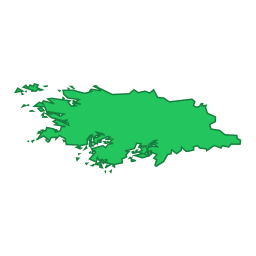 Conamara North Lea-4, Galway, Ireland (Natural Earth projection)
{"feature_id": "5873133B12097804140145", "entity_name": "Conamara North Lea-4", "entity_type": "district", "adm_level": 2, "iso_a3": "IRL", "parent_name": "Ireland", "parent_adm1": "Galway", "projection": "natural_earth1", "projection_center": [-9.915, 53.454], "detail": "fine", "context": "isolated", "style": "filled", "palette": "green", "viewbox_px": 256, "rotation_deg": 0, "n_neighbors": 0, "source": "geoboundaries", "source_scale": "gbopen_adm2", "svg_char_len": 5804}
<svg xmlns="http://www.w3.org/2000/svg" viewBox="0 0 256 256"><path d="M215.3,121.6L215.5,117.0L207.3,113.2L205.4,107.1L206.2,105.3L202.1,105.9L202.7,103.6L201.3,103.6L199.4,106.6L196.2,107.3L193.4,105.6L194.8,101.6L191.9,99.2L169.3,101.9L163.6,98.0L157.5,97.4L153.6,89.8L149.8,93.0L145.1,91.2L138.2,92.7L134.0,89.7L129.3,93.8L112.3,94.5L96.1,86.7L94.7,86.8L100.6,89.6L100.4,90.6L91.1,89.3L90.0,90.7L92.5,91.2L84.6,93.4L72.6,90.2L63.1,90.3L63.7,94.2L67.7,97.9L79.2,99.6L72.2,103.4L76.0,102.5L80.8,104.3L75.7,103.3L73.6,104.9L75.5,105.7L71.6,106.3L68.1,102.4L70.0,100.8L51.3,98.3L47.8,99.0L54.2,103.8L43.5,100.8L42.4,102.5L43.4,104.1L39.3,102.3L34.3,106.2L44.7,106.7L46.6,111.4L64.0,114.2L60.4,116.2L51.0,112.1L46.3,112.0L52.5,114.1L46.0,113.6L51.8,117.8L62.8,120.7L67.8,119.9L63.4,121.8L68.1,122.8L68.8,125.2L56.4,119.5L53.2,121.5L57.1,123.4L54.9,124.7L65.6,126.5L61.4,126.9L60.3,130.6L58.0,131.7L56.3,129.7L55.1,129.7L57.0,131.5L55.6,132.2L53.7,128.9L46.7,127.5L45.8,130.7L43.2,130.8L37.7,138.9L43.6,136.0L49.6,140.7L51.1,137.5L56.0,137.3L56.0,139.0L59.3,135.5L65.3,138.7L66.3,144.5L78.1,145.0L78.8,146.3L76.3,147.2L80.0,148.8L81.2,148.1L79.3,147.5L80.3,145.7L87.6,144.0L87.1,139.4L90.2,135.4L93.2,134.6L91.3,135.9L93.5,137.4L99.3,133.8L98.1,133.9L96.4,132.2L102.4,133.6L104.7,135.0L100.3,134.4L98.9,135.4L100.6,136.0L97.9,136.0L98.1,137.4L93.4,138.0L94.2,142.6L97.3,143.9L97.8,140.6L99.6,140.0L99.2,142.3L101.0,142.1L101.0,139.5L107.7,136.4L110.1,137.3L105.3,139.5L112.5,139.3L109.3,142.6L113.1,143.4L108.2,144.3L105.7,147.7L103.1,145.7L92.8,148.5L92.3,150.5L93.6,150.6L91.9,152.3L94.9,151.0L95.5,152.4L89.5,159.0L96.3,162.1L97.4,157.4L99.1,160.3L102.4,159.3L105.0,163.0L106.4,162.3L105.2,159.8L106.6,159.5L107.0,163.1L113.4,164.4L112.9,166.0L114.5,167.0L114.4,164.4L122.3,162.8L122.0,159.0L126.6,156.9L125.9,155.0L129.0,151.6L126.4,151.5L125.7,150.8L134.5,148.4L136.6,143.2L140.9,143.8L138.3,147.9L141.5,145.6L143.0,147.1L140.2,147.1L142.1,150.3L138.4,152.1L142.8,153.6L134.7,155.5L142.5,157.8L148.2,156.0L144.3,153.8L146.6,152.7L147.4,148.7L144.5,145.9L151.5,146.2L151.2,145.1L151.4,144.4L149.3,144.1L154.2,140.7L157.7,140.2L154.2,140.8L156.4,143.0L152.8,142.5L151.4,145.0L153.5,144.2L156.4,145.5L157.4,146.8L152.0,146.2L148.0,147.6L147.3,149.8L150.1,152.4L151.0,150.5L151.5,150.7L151.3,154.0L152.4,152.7L157.1,154.5L153.8,158.2L156.7,159.8L155.0,165.2L156.1,166.2L163.5,161.7L167.7,154.4L170.9,153.9L171.7,149.9L176.6,153.6L181.1,150.4L181.6,147.2L185.9,151.2L188.5,151.2L193.7,149.9L193.5,146.8L197.6,145.7L199.6,148.0L206.2,148.8L206.8,150.7L214.1,145.5L221.0,148.0L222.5,145.7L228.6,147.0L231.1,144.1L240.0,144.2L240.6,140.2L237.3,138.6L236.8,135.4L225.0,134.8L219.5,130.4L210.9,129.0L209.7,124.4L215.3,121.6ZM33.4,86.5L30.1,85.0L28.3,87.9L25.8,85.3L23.3,87.2L35.7,91.3L39.1,88.6L36.6,87.6L38.2,85.0L34.4,83.9L33.4,86.5ZM93.2,142.7L89.6,140.2L91.6,139.7L91.3,137.0L89.1,137.3L89.0,140.3L90.5,142.7L89.7,143.2L89.5,146.2L92.8,145.9L90.3,143.1L93.2,142.7ZM15.4,92.2L22.8,91.1L17.8,88.2L15.4,92.2ZM100.5,162.5L95.8,163.7L95.5,164.4L100.0,165.0L100.0,167.2L102.4,167.8L100.5,162.5ZM44.0,110.6L41.4,107.6L38.0,108.5L40.9,111.4L44.0,110.6ZM135.8,160.6L131.5,159.4L131.2,160.9L131.8,161.5L135.8,160.6ZM109.4,165.3L106.8,165.4L105.3,167.9L109.4,165.3ZM46.2,116.6L42.0,117.1L46.6,117.1L46.2,116.6ZM76.6,158.0L77.1,160.1L78.7,158.2L76.6,158.0ZM43.3,115.3L43.6,113.2L41.9,115.0L43.3,115.3ZM86.3,146.7L84.8,149.1L86.8,148.0L86.3,146.7ZM150.0,154.1L147.8,153.9L148.9,155.9L150.0,154.1ZM92.9,165.8L94.4,164.3L91.8,165.5L92.9,165.8ZM25.6,105.5L23.9,104.9L22.6,106.6L25.6,105.5ZM136.9,151.5L135.0,153.0L137.8,152.0L136.9,151.5ZM32.1,110.6L29.4,111.2L32.9,111.1L32.1,110.6ZM38.8,89.7L40.2,90.4L42.4,89.8L41.7,89.4L38.8,89.7ZM134.8,152.9L133.3,152.0L132.3,152.6L132.9,153.3L134.8,152.9ZM101.7,161.6L103.2,163.4L103.7,162.6L101.7,161.6ZM45.2,86.5L47.8,85.9L44.8,86.3L45.2,86.5ZM73.2,88.1L72.1,86.5L71.0,86.5L73.2,88.1ZM148.1,153.4L148.5,152.0L147.0,152.0L148.1,153.4ZM86.4,164.2L87.3,163.3L85.9,163.4L86.4,164.2ZM64.5,98.8L63.1,97.6L62.9,98.3L64.5,98.8ZM90.3,152.1L89.1,153.1L90.7,152.7L90.3,152.1ZM110.8,172.1L111.1,170.7L110.2,171.4L110.8,172.1ZM28.9,141.8L28.3,141.1L27.7,140.9L28.9,141.8ZM104.2,141.7L105.2,142.5L105.4,141.8L104.2,141.7ZM73.9,101.5L74.0,100.8L72.6,100.8L73.9,101.5ZM59.4,91.1L60.5,90.6L58.9,90.5L59.4,91.1ZM22.9,94.1L22.0,93.3L22.2,94.3L22.9,94.1ZM32.1,90.4L31.9,91.1L32.7,91.1L32.1,90.4ZM29.2,105.4L28.1,104.9L28.1,105.4L29.2,105.4ZM39.6,133.0L39.1,132.7L38.5,133.2L39.6,133.0ZM41.9,130.6L43.5,130.3L43.0,130.0L42.4,130.1L41.9,130.6ZM108.5,141.4L107.3,141.9L107.5,142.3L108.5,141.4ZM104.9,170.7L105.3,171.4L105.3,171.0L104.9,170.7ZM63.4,140.3L64.0,141.5L64.6,140.7L63.4,140.3ZM48.3,141.7L49.1,142.2L48.8,141.7L48.3,141.7ZM93.8,85.8L95.3,86.2L96.0,86.0L95.3,85.8L93.8,85.8ZM137.1,150.2L136.3,150.2L136.0,151.0L137.1,150.2ZM133.8,151.4L133.0,151.7L133.8,152.0L133.8,151.4ZM46.0,140.1L46.7,140.8L46.5,140.0L46.0,140.1ZM33.7,140.3L33.0,141.0L34.3,140.3L33.7,140.3ZM39.9,132.0L39.4,131.5L38.9,131.8L39.9,132.0ZM68.6,88.9L69.6,88.9L68.4,88.6L68.6,88.9ZM107.4,143.0L106.7,143.2L106.8,143.3L107.4,143.0ZM36.5,139.1L37.6,139.3L37.5,138.9L36.5,139.1ZM91.3,148.1L91.6,148.7L91.9,148.4L91.3,148.1ZM94.4,144.1L94.1,144.7L94.7,144.3L94.4,144.1ZM131.0,158.7L131.4,158.0L130.7,158.4L131.0,158.7ZM26.0,91.4L25.4,91.8L26.0,91.7L26.0,91.4ZM92.3,153.4L92.8,153.7L92.8,153.3L92.3,153.4ZM78.9,154.1L79.3,153.8L78.9,153.8L78.9,154.1ZM59.3,114.7L59.3,114.3L59.0,114.4L59.3,114.7ZM100.0,161.3L100.2,161.8L101.0,161.1L100.0,161.3ZM73.9,88.6L74.7,88.6L73.8,88.4L73.9,88.6ZM105.6,143.3L106.2,142.7L105.1,143.1L105.6,143.3ZM32.3,141.6L32.3,141.0L31.9,141.2L32.3,141.6ZM130.1,157.5L129.6,158.1L130.3,157.9L130.1,157.5ZM42.0,130.3L41.2,130.4L41.3,130.8L42.0,130.3Z" fill="#22c55e" stroke="#15803d" stroke-width="1.5"/></svg>